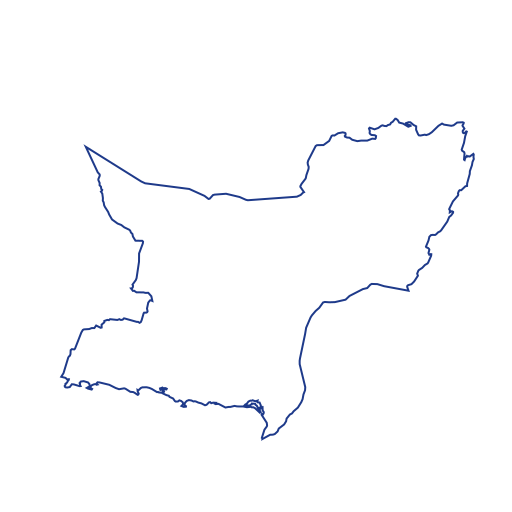 the Province of Baluchistan, rotated 13°
{"feature_id": "PAK-1108", "entity_name": "Baluchistan", "entity_type": "Province", "adm_level": 1, "iso_a3": "PAK", "parent_name": "Pakistan", "parent_adm1": "", "projection": "natural_earth1", "projection_center": [66.028, 28.477], "detail": "fine", "context": "isolated", "style": "outline", "palette": "blue", "viewbox_px": 512, "rotation_deg": 13, "n_neighbors": 0, "source": "natural_earth", "source_scale": "10m", "svg_char_len": 6086}
<svg xmlns="http://www.w3.org/2000/svg" viewBox="0 0 512 512"><g transform="rotate(13 256 256)"><path d="M394.6,99.9L397.1,98.4L399.5,95.8L404.5,88.1L407.5,85.1L409.5,85.7L417.0,85.2L419.1,84.2L422.0,80.7L427.3,79.2L428.4,79.4L428.5,80.3L427.9,81.9L427.9,82.6L430.4,85.0L429.3,87.5L429.5,88.6L430.2,89.5L431.0,89.6L431.8,89.0L432.8,87.3L433.4,87.4L432.9,92.2L433.2,99.0L432.5,106.1L433.1,107.0L435.5,108.0L436.1,109.1L437.0,115.3L437.7,115.6L437.8,113.6L439.0,111.0L439.9,111.5L440.6,111.0L441.9,111.0L444.8,107.6L445.3,108.1L445.6,110.5L446.4,112.5L445.8,115.7L446.0,119.0L445.3,125.2L445.8,128.0L445.4,137.7L445.9,140.3L444.4,140.9L441.2,145.7L439.6,146.1L439.0,147.2L438.7,149.6L439.3,150.8L439.2,151.6L435.6,158.5L433.7,166.6L433.8,167.2L434.7,167.8L435.0,169.9L436.8,168.3L438.1,168.6L438.3,169.5L437.0,172.6L435.5,174.5L434.6,179.5L430.6,189.4L429.8,190.6L428.1,192.0L426.6,194.4L425.8,195.2L423.3,195.7L421.8,196.3L420.6,198.3L420.6,202.0L419.5,208.7L420.0,209.2L421.9,209.5L423.1,210.3L423.5,210.9L423.4,214.3L424.6,215.8L425.9,214.8L426.4,214.8L426.6,216.4L425.2,223.8L424.8,224.7L422.6,226.8L420.6,230.2L417.9,233.0L417.5,233.8L417.0,236.9L418.2,238.8L415.8,245.3L413.8,248.5L410.8,250.2L410.2,251.0L410.2,252.0L412.4,255.5L387.6,256.6L380.6,256.1L375.0,257.2L373.8,258.3L371.6,262.2L367.6,264.2L356.1,273.9L353.1,278.4L343.2,283.2L337.9,284.6L333.4,285.3L331.8,286.2L329.3,292.2L326.5,296.1L323.8,301.3L323.0,303.6L321.0,314.6L321.4,321.2L321.9,345.9L322.1,348.3L322.9,351.6L333.5,372.7L334.0,375.8L333.4,380.2L333.6,385.0L333.0,388.2L330.9,394.3L327.6,398.8L326.5,401.3L324.7,402.8L322.4,407.5L322.5,410.3L321.3,413.8L317.0,419.0L316.5,422.1L314.3,425.3L312.6,426.3L310.0,427.0L303.5,432.8L303.5,432.4L302.6,431.9L303.3,423.3L304.9,419.6L304.9,418.5L304.0,416.1L297.1,409.4L297.3,408.5L298.4,408.8L298.8,407.8L298.7,406.4L297.2,404.9L296.4,401.9L295.6,402.4L295.3,401.7L294.8,401.9L294.2,400.4L292.5,398.0L290.5,398.2L289.9,397.7L290.0,396.6L288.5,397.5L287.0,397.6L285.2,397.3L284.4,397.9L283.0,398.2L281.4,399.5L280.2,402.1L279.1,403.0L278.5,404.0L283.3,403.2L284.5,401.9L285.2,401.6L285.2,400.7L288.4,400.2L289.1,401.1L290.5,401.7L292.0,403.7L293.3,403.0L294.1,403.1L294.8,403.7L293.4,405.1L295.0,406.2L295.6,407.0L295.0,407.8L289.3,404.5L287.4,404.0L286.0,404.4L284.9,404.1L281.1,405.4L277.4,405.5L271.5,406.8L268.8,406.9L265.0,408.8L263.3,409.2L260.3,410.5L252.7,408.5L250.0,409.4L249.2,409.2L249.8,408.1L247.3,408.5L245.5,409.5L244.2,408.7L243.1,409.2L241.3,412.1L239.9,412.9L236.0,411.9L232.7,411.8L230.3,411.3L229.0,411.3L227.8,411.8L225.6,411.3L223.0,411.5L221.1,412.8L219.9,414.9L219.7,416.2L219.9,417.3L221.6,418.1L221.6,418.6L219.4,419.3L217.1,418.9L218.2,417.0L218.2,416.2L217.5,415.0L215.7,414.1L213.8,413.9L212.7,415.3L210.5,415.9L209.6,415.6L207.3,413.5L203.4,412.7L202.5,411.8L200.0,411.7L196.4,410.9L196.9,408.5L195.9,407.6L195.9,406.4L196.9,406.1L198.3,406.3L198.7,406.2L198.9,405.4L197.7,405.1L194.8,405.7L194.4,405.3L191.5,407.1L192.4,406.8L193.0,407.9L193.9,406.9L194.5,406.9L195.8,409.5L194.9,410.5L192.0,410.8L191.2,410.5L190.2,410.9L184.5,409.0L181.7,408.5L179.0,408.5L174.9,409.5L173.5,410.5L171.8,413.1L171.3,413.4L170.7,413.2L171.2,414.6L172.7,416.6L172.4,417.6L171.9,417.9L168.3,416.5L166.9,416.2L164.1,416.6L158.7,414.7L157.3,414.6L152.5,416.6L149.0,416.2L142.0,414.5L132.0,414.4L130.0,414.7L129.4,415.8L129.5,416.4L130.4,416.9L129.6,417.3L128.6,416.9L127.3,417.3L125.4,418.6L124.4,419.8L124.2,421.3L124.8,421.9L126.2,422.4L125.9,423.1L122.2,423.0L120.8,422.6L122.2,421.3L123.3,421.0L123.4,420.5L122.5,418.3L120.8,417.0L116.3,416.7L113.6,417.7L112.7,419.5L113.3,420.0L113.5,421.2L114.3,422.2L113.4,422.5L107.4,422.1L105.4,422.4L104.0,425.6L101.7,426.6L100.2,426.8L99.2,426.4L98.8,425.6L99.4,424.0L99.1,423.4L100.4,421.8L100.7,420.3L101.4,418.9L101.4,418.2L100.8,418.3L100.0,418.9L97.8,417.6L93.4,417.5L94.8,413.4L95.9,397.2L96.3,396.0L97.1,395.0L97.3,393.3L96.6,389.5L97.5,388.2L99.9,387.9L100.5,387.0L103.0,369.9L103.9,367.0L104.9,366.2L109.9,364.7L112.1,363.2L114.7,362.6L115.9,359.7L120.8,360.9L121.7,360.4L121.0,357.6L123.1,354.8L122.8,353.4L125.5,351.7L127.1,351.6L128.0,350.4L135.3,349.5L137.1,348.3L138.4,348.7L139.7,348.4L140.6,347.8L141.3,346.5L141.8,346.4L154.7,347.0L155.9,346.7L157.6,347.3L158.6,346.3L159.0,344.4L159.4,337.2L159.7,336.4L162.0,335.8L162.6,335.2L162.8,334.3L161.6,331.7L161.5,325.6L162.7,323.1L163.5,322.8L165.1,323.1L163.1,318.8L159.3,316.1L156.6,316.8L154.4,316.8L147.7,318.3L145.1,317.3L143.9,317.7L141.5,315.7L142.6,315.3L143.0,314.1L142.9,312.7L142.1,311.7L144.3,306.5L144.6,304.4L143.3,287.9L141.5,279.8L142.9,269.1L142.7,267.4L141.8,266.8L135.1,268.2L131.7,264.7L130.6,262.3L128.9,261.3L127.6,259.5L126.5,258.9L121.2,257.7L117.8,256.1L113.8,255.5L107.5,252.8L103.6,248.6L102.0,246.3L97.8,242.2L96.6,240.7L95.5,238.0L94.3,236.6L93.8,234.0L92.2,229.8L90.4,228.1L91.2,227.1L91.3,226.2L90.2,225.6L89.3,223.3L87.7,222.3L87.2,220.0L85.4,217.6L85.1,216.6L85.7,213.0L85.3,211.7L83.0,210.1L65.6,187.9L127.4,209.2L131.6,210.1L175.9,205.7L192.3,209.0L196.9,211.1L198.0,210.6L200.4,206.3L201.9,205.5L212.8,202.1L226.7,202.2L233.5,203.5L235.5,203.5L282.5,189.0L285.8,186.5L287.7,183.5L288.4,183.0L283.7,178.7L283.5,178.0L284.2,175.4L286.8,169.7L287.0,168.8L286.9,165.8L287.6,159.3L287.3,157.3L286.0,155.3L285.3,153.4L285.4,151.2L289.4,135.4L290.5,134.3L296.8,132.7L301.4,127.4L302.7,121.9L303.7,121.2L305.3,121.0L308.4,117.9L312.7,116.0L315.0,116.0L315.6,116.3L315.9,117.0L316.0,118.1L315.5,119.1L315.9,119.7L318.1,120.1L320.5,119.7L323.6,121.1L328.9,121.3L332.5,119.9L338.5,118.5L342.9,115.5L345.8,115.1L346.2,114.2L346.0,112.1L344.6,111.6L341.2,112.1L339.6,111.3L339.0,110.6L338.8,108.6L337.4,106.3L337.9,105.4L343.0,105.9L346.4,103.7L348.9,100.8L350.0,100.2L351.8,100.4L353.9,100.1L355.0,98.8L357.1,97.6L357.6,95.8L359.0,94.5L360.8,90.9L361.6,90.8L363.5,91.7L365.5,93.8L369.5,93.9L375.3,95.8L377.4,94.4L377.0,93.9L372.9,93.7L372.2,93.4L372.1,92.9L374.6,91.3L376.4,91.0L380.1,92.9L382.9,93.6L383.6,97.0L386.6,101.0L387.6,101.8L389.2,101.6L393.2,99.8L394.6,99.9Z" fill="none" stroke="#1e3a8a" stroke-width="2"/></g></svg>